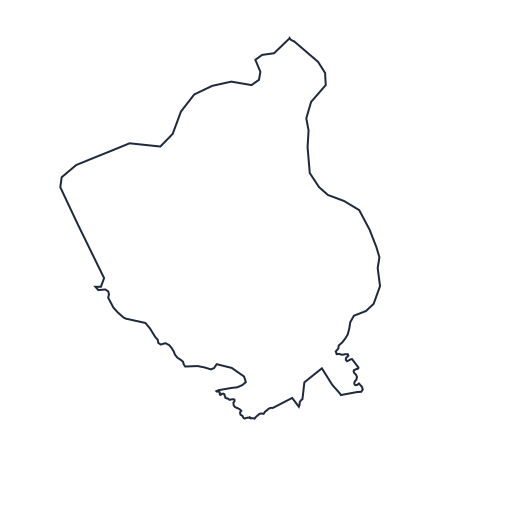 outline of Gourma-Rharous, Timbuktu, Mali, rotated 239°
{"feature_id": "8926073B81360088660364", "entity_name": "Gourma-Rharous", "entity_type": "district", "adm_level": 2, "iso_a3": "MLI", "parent_name": "Mali", "parent_adm1": "Timbuktu", "projection": "natural_earth1", "projection_center": [-2.501, 16.02], "detail": "fine", "context": "isolated", "style": "outline", "palette": "slate", "viewbox_px": 512, "rotation_deg": 239, "n_neighbors": 0, "source": "geoboundaries", "source_scale": "gbopen_adm2", "svg_char_len": 2853}
<svg xmlns="http://www.w3.org/2000/svg" viewBox="0 0 512 512"><g transform="rotate(239 256 256)"><path d="M312.3,102.5L308.0,103.3L304.9,109.6L301.8,111.1L298.9,110.3L296.4,107.8L285.2,107.2L279.0,108.4L271.4,110.8L269.2,112.3L255.6,126.7L248.6,127.8L238.6,127.9L234.7,128.6L231.9,127.5L229.2,128.7L227.9,133.5L224.3,135.7L220.6,136.3L216.1,136.3L213.3,135.7L209.3,136.3L205.3,138.2L202.9,139.0L200.2,138.2L197.7,138.4L197.6,138.6L192.4,148.1L191.6,149.4L187.2,154.3L182.1,158.9L181.5,162.2L183.5,166.6L172.5,177.6L158.8,183.7L153.1,182.3L152.4,177.8L153.1,172.3L155.3,167.6L160.0,155.5L159.9,155.5L160.6,152.5L160.6,152.4L160.1,152.5L159.2,153.7L159.0,154.4L157.7,154.7L156.6,153.9L156.0,153.7L155.3,153.8L155.2,154.5L155.1,154.8L155.4,155.9L155.4,156.0L155.0,156.7L154.8,157.1L153.9,157.7L153.6,157.6L152.7,157.2L151.3,157.2L150.1,156.7L149.3,157.3L148.5,158.3L147.1,158.9L146.2,159.4L146.1,159.9L146.1,160.0L145.9,160.8L144.9,162.7L144.7,163.2L143.6,163.5L142.6,162.7L141.9,161.1L140.8,160.6L139.4,159.9L137.5,160.2L136.3,160.9L135.9,161.1L135.8,161.3L134.7,162.1L133.3,162.9L132.2,163.4L131.7,163.5L130.8,163.6L130.7,162.6L130.1,161.9L129.6,161.4L127.7,161.0L126.6,161.7L125.8,162.1L124.5,161.9L123.3,162.0L122.5,162.6L122.2,164.3L122.0,164.7L121.6,165.9L121.2,166.6L120.2,167.3L120.7,167.7L119.5,168.3L118.6,169.8L117.3,171.0L117.9,172.3L118.2,173.6L118.6,175.8L118.7,176.8L118.9,177.9L118.1,179.7L116.8,181.2L118.0,184.0L118.1,185.8L118.5,187.8L118.5,189.4L117.9,191.0L117.1,192.2L115.7,213.9L104.7,215.1L105.9,216.5L106.8,217.3L108.2,218.2L109.2,220.4L109.4,222.1L122.8,232.4L125.8,254.6L106.3,255.0L94.4,257.2L93.1,257.1L87.4,272.4L85.4,276.3L86.5,278.7L89.2,279.4L93.7,278.6L93.4,276.3L94.0,274.8L95.0,274.3L96.4,274.7L97.6,276.1L98.3,278.3L100.2,280.2L101.4,280.4L102.1,280.5L103.1,280.5L104.8,280.0L106.3,280.1L107.1,280.4L107.7,281.2L107.4,283.0L107.5,284.1L106.9,284.9L107.0,285.8L107.7,286.4L110.1,286.1L118.2,285.2L118.7,283.8L118.7,282.1L119.0,279.8L120.7,279.5L122.2,280.5L122.9,283.8L124.6,284.1L126.0,281.5L127.1,278.7L129.1,277.0L130.3,274.6L133.1,275.2L134.3,278.9L136.7,280.9L137.5,285.4L139.3,290.0L141.5,294.2L145.8,298.6L150.7,302.7L154.4,309.2L152.2,321.9L154.4,332.2L166.3,346.8L183.0,354.1L191.3,361.1L201.8,363.8L219.9,366.9L242.2,368.1L257.8,359.8L271.2,349.1L282.6,345.5L299.4,344.8L322.8,356.3L336.5,365.7L348.1,370.0L359.7,382.6L366.6,403.8L377.3,409.5L390.4,409.2L419.6,399.5L419.7,399.4L420.2,399.4L420.6,398.9L421.1,398.6L423.1,397.4L423.4,397.2L424.4,397.1L425.4,397.0L425.3,396.9L420.5,375.9L425.2,364.9L424.5,356.5L411.6,354.6L405.5,349.3L404.8,340.2L418.2,324.6L424.4,306.1L426.3,286.3L418.5,266.1L403.6,247.5L399.1,230.4L417.7,205.7L422.5,174.8L423.7,167.5L426.6,148.7L423.6,130.0L415.8,123.7L396.4,121.7L374.4,119.5L315.3,114.4L309.5,107.2L312.3,102.5Z" fill="none" stroke="#1e293b" stroke-width="2"/></g></svg>